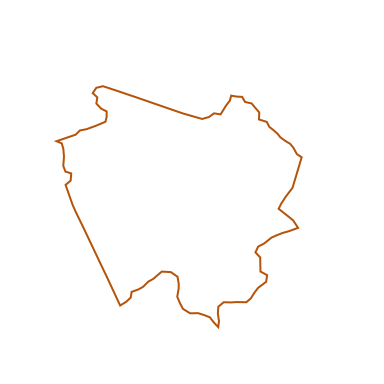 Pinhalzinho, São Paulo, Brazil, rotated 246°
{"feature_id": "56859067B83412128761975", "entity_name": "Pinhalzinho", "entity_type": "district", "adm_level": 2, "iso_a3": "BRA", "parent_name": "Brazil", "parent_adm1": "São Paulo", "projection": "robinson", "projection_center": [-46.579, -22.785], "detail": "fine", "context": "isolated", "style": "outline", "palette": "amber", "viewbox_px": 384, "rotation_deg": 246, "n_neighbors": 0, "source": "geoboundaries", "source_scale": "gbopen_adm2", "svg_char_len": 1387}
<svg xmlns="http://www.w3.org/2000/svg" viewBox="0 0 384 384"><g transform="rotate(246 192 192)"><path d="M264.1,267.0L260.1,263.8L257.0,258.1L251.3,249.7L254.9,244.1L253.6,238.0L254.6,231.0L267.5,215.6L301.7,179.0L321.1,157.9L324.9,153.6L326.1,147.0L322.7,141.5L317.0,144.0L311.7,140.6L305.1,142.9L300.3,146.8L295.2,144.5L291.4,141.5L291.6,130.6L292.3,121.1L293.8,114.7L291.7,109.0L293.5,88.9L289.4,92.8L283.7,92.0L276.3,89.4L268.1,85.0L262.1,84.7L258.1,89.2L251.8,85.8L249.9,79.4L228.8,77.7L220.8,77.7L203.7,78.3L158.4,79.4L148.0,79.7L117.5,80.2L118.5,87.4L120.5,93.1L125.3,96.2L124.8,103.7L125.3,108.8L127.9,115.6L128.4,121.3L131.6,132.0L127.4,140.1L120.5,144.3L113.7,142.6L109.3,140.6L102.3,135.9L94.9,135.8L88.9,136.2L82.0,140.9L78.7,148.5L73.6,154.1L70.2,157.4L64.2,158.8L57.9,161.0L63.2,164.2L70.2,166.1L76.5,169.4L78.4,176.1L75.3,182.6L73.2,188.2L69.2,196.8L70.9,202.5L74.4,207.7L77.5,213.3L79.8,223.2L85.5,226.8L91.5,222.2L104.5,227.7L111.0,225.4L115.2,230.2L115.6,236.8L118.0,246.1L118.0,252.2L117.7,258.4L116.8,264.3L116.1,274.3L124.8,272.9L130.2,270.2L141.4,264.3L144.8,268.4L149.4,275.4L155.0,285.6L179.1,306.3L184.0,303.2L191.4,302.6L196.2,301.2L200.6,298.1L205.9,295.0L210.2,293.9L215.1,291.7L220.1,289.1L225.7,288.8L231.0,282.7L237.3,285.8L243.6,283.9L248.6,282.5L252.7,277.1L258.5,276.5L261.0,271.6L264.1,267.0Z" fill="none" stroke="#b45309" stroke-width="2"/></g></svg>